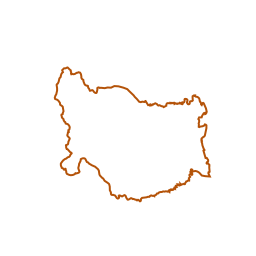 the district of Timbiquí, Cauca, Colombia, rotated 148°
{"feature_id": "7082276B54920381077672", "entity_name": "Timbiquí", "entity_type": "district", "adm_level": 2, "iso_a3": "COL", "parent_name": "Colombia", "parent_adm1": "Cauca", "projection": "natural_earth1", "projection_center": [-77.548, 2.664], "detail": "fine", "context": "isolated", "style": "outline", "palette": "amber", "viewbox_px": 256, "rotation_deg": 148, "n_neighbors": 0, "source": "geoboundaries", "source_scale": "gbopen_adm2", "svg_char_len": 5751}
<svg xmlns="http://www.w3.org/2000/svg" viewBox="0 0 256 256"><g transform="rotate(148 128 128)"><path d="M177.3,174.6L177.8,174.0L178.1,172.6L178.5,171.9L178.0,169.6L178.5,168.5L178.5,167.0L178.1,166.3L178.5,164.8L177.3,163.5L176.9,162.8L176.7,161.3L176.8,160.2L177.1,159.4L178.3,158.0L178.9,157.7L179.8,157.7L180.2,156.2L180.4,155.9L181.2,156.2L182.0,155.2L183.3,154.1L183.5,153.1L182.9,150.4L183.1,149.8L186.0,147.8L186.5,147.0L187.5,146.1L188.0,146.0L189.7,146.3L190.0,145.9L190.2,145.1L190.8,144.2L191.1,142.6L190.5,142.1L189.8,138.1L189.1,137.0L189.3,136.3L191.0,135.9L191.8,135.2L193.1,134.7L194.8,135.1L196.5,134.8L198.0,135.1L200.1,134.9L201.8,134.3L203.7,133.5L204.1,133.0L204.9,131.5L205.0,130.3L205.3,129.3L204.4,127.9L204.3,126.5L203.6,126.2L202.8,126.6L202.6,126.2L203.1,125.4L203.3,124.1L204.0,122.8L204.1,121.5L202.8,119.5L201.6,118.3L199.7,117.4L197.8,117.1L197.0,117.2L196.5,117.5L195.8,116.8L193.5,116.2L192.3,116.6L191.6,119.8L191.2,120.6L189.2,122.5L188.6,123.4L185.7,125.2L184.5,126.6L182.8,126.4L181.9,126.0L180.9,125.2L180.6,124.3L180.9,121.0L180.1,119.9L179.8,118.1L179.0,116.9L178.7,116.0L176.4,112.6L175.3,109.0L175.3,107.4L176.8,103.9L177.0,102.7L176.3,99.3L175.8,98.3L175.8,95.6L174.5,92.7L173.8,90.9L173.8,90.2L174.5,88.0L176.4,84.8L176.6,82.5L177.3,81.3L177.5,80.5L177.0,79.6L176.1,79.3L174.7,77.5L174.6,74.6L174.2,73.7L173.6,73.4L172.8,73.5L172.2,74.0L171.9,75.3L171.2,75.5L170.5,74.9L169.3,73.1L166.7,73.0L166.4,72.8L166.0,71.8L166.4,69.6L166.3,67.5L165.5,67.0L162.6,66.9L162.0,66.1L161.6,65.2L160.9,64.9L159.8,63.4L159.2,63.0L158.8,61.9L158.4,61.7L157.7,61.9L157.4,61.7L156.9,60.5L156.9,59.7L156.5,59.4L155.7,59.5L154.6,60.9L153.1,61.3L149.0,59.4L147.6,59.1L146.3,58.3L145.5,58.7L144.7,58.5L144.1,58.6L143.0,57.3L142.1,56.9L141.8,56.3L141.4,56.8L140.6,56.5L139.3,56.5L138.3,57.1L136.9,56.5L136.5,56.8L136.0,56.9L134.6,56.6L133.2,55.8L131.8,55.6L130.6,54.6L129.7,54.4L129.0,53.9L128.0,52.9L127.1,53.2L126.7,51.8L126.0,52.6L125.9,53.2L125.2,52.9L125.1,53.3L124.0,53.2L123.3,52.4L123.5,52.1L122.8,51.7L122.1,51.7L121.9,52.1L121.3,51.9L120.8,52.5L120.4,52.3L120.2,51.8L119.9,52.4L119.7,52.1L119.0,52.3L118.6,52.2L118.8,52.7L118.3,52.7L118.3,53.4L118.1,53.7L116.7,53.1L116.0,53.4L115.8,53.2L115.8,54.0L115.3,53.7L115.0,53.2L115.1,52.9L114.6,52.8L114.8,52.0L114.4,51.9L114.3,52.4L114.1,52.5L113.3,52.0L113.1,52.6L112.9,51.7L112.2,51.7L111.3,51.2L110.7,51.3L110.1,50.9L109.7,50.3L109.4,50.3L109.0,50.9L107.9,51.2L107.0,51.8L105.9,51.5L104.9,51.7L104.0,51.0L103.4,51.8L103.0,53.2L101.2,53.6L101.1,55.1L100.6,55.8L99.9,55.9L99.4,55.8L98.9,55.4L98.7,54.4L98.1,54.5L97.8,55.0L97.7,55.6L97.9,56.0L98.6,56.8L98.5,57.6L98.3,57.9L98.0,58.0L97.1,56.9L96.6,56.9L96.4,57.8L96.9,58.4L97.0,58.9L96.7,59.4L96.2,59.4L95.6,58.6L96.0,57.9L95.9,56.7L93.7,55.9L92.6,54.8L91.7,53.4L91.2,52.1L90.6,48.6L88.0,46.2L84.3,43.5L83.9,46.9L83.2,47.8L82.9,47.8L83.0,47.4L82.0,47.6L80.1,51.3L79.4,52.4L79.1,52.6L78.5,53.8L79.0,54.6L78.8,54.9L79.0,56.1L79.5,56.5L80.0,56.4L80.0,56.6L79.0,57.2L78.1,57.1L77.6,57.4L77.0,58.4L77.1,60.1L77.0,60.6L77.4,61.2L78.1,61.5L76.0,68.9L75.7,69.0L75.2,68.7L74.8,68.8L74.8,70.4L74.1,73.8L73.2,75.9L73.0,77.1L72.4,77.5L72.5,78.2L71.9,78.4L71.7,78.9L71.8,79.4L71.2,80.1L68.9,80.5L68.0,80.4L66.9,80.8L61.6,86.3L60.1,88.7L60.3,89.6L60.9,90.3L62.1,89.7L64.0,90.0L65.7,90.8L67.1,91.0L67.4,91.5L67.2,91.8L65.9,93.6L65.7,94.4L64.5,95.4L63.8,96.4L63.5,97.2L63.6,98.3L62.1,99.3L59.9,98.0L58.6,99.1L56.1,100.3L55.8,99.9L55.5,100.2L54.8,100.1L55.2,98.9L54.7,98.8L53.5,99.3L52.6,100.1L52.4,100.7L51.5,103.3L50.7,108.8L51.0,109.5L51.5,109.6L53.3,108.4L53.5,109.3L53.0,110.1L52.8,111.4L53.0,111.9L52.8,112.3L52.9,112.7L52.1,114.8L52.0,115.8L52.6,117.5L53.9,118.7L54.0,119.2L54.3,119.5L53.8,120.1L54.8,120.7L56.3,120.7L56.8,120.1L58.5,117.0L59.6,116.9L60.7,117.5L61.3,117.6L61.8,117.3L62.7,116.1L63.2,115.8L63.8,115.9L64.3,116.2L64.6,116.7L64.6,118.2L64.3,118.6L62.9,119.9L62.7,120.6L63.0,121.5L63.9,122.3L64.5,122.5L64.9,122.3L65.7,120.9L66.8,120.1L67.7,120.3L68.3,121.0L68.7,121.0L68.7,119.6L69.0,119.4L69.4,119.4L69.8,119.9L69.9,120.5L70.6,120.9L70.6,121.8L70.7,122.0L72.0,121.8L72.7,122.4L73.4,122.3L73.7,122.6L73.8,122.9L74.2,123.0L74.6,123.8L75.4,123.8L75.2,124.1L75.4,124.8L75.8,124.8L75.9,124.5L76.1,124.5L76.4,125.3L76.7,125.2L77.1,125.5L77.4,125.9L77.9,126.0L78.0,126.4L78.6,126.8L78.8,126.6L78.9,126.8L79.1,126.6L81.1,128.0L81.7,128.2L82.3,128.1L83.4,127.2L83.7,126.6L86.7,126.8L87.0,127.9L88.1,128.8L88.9,130.2L89.3,130.7L90.4,131.0L90.8,132.2L90.8,133.0L91.8,134.5L93.7,134.6L94.2,134.9L94.7,134.6L95.3,135.1L96.0,134.7L96.7,135.3L97.2,135.3L96.9,136.3L97.8,136.3L98.8,136.7L98.8,141.6L99.0,141.7L99.8,141.2L100.2,141.3L102.0,142.8L103.4,143.1L104.6,144.3L105.1,147.9L105.8,150.9L105.9,152.6L107.5,158.9L108.0,161.3L110.5,164.6L114.0,168.4L117.4,170.8L121.0,171.2L123.9,173.2L126.6,174.1L129.7,176.5L130.8,177.0L131.3,177.9L131.9,178.2L132.9,178.1L133.6,176.8L135.6,174.8L136.2,174.5L136.7,174.7L137.3,175.4L137.7,176.5L137.8,178.3L138.3,179.1L140.5,179.7L140.5,180.5L140.2,181.8L140.4,183.2L139.7,184.9L139.9,185.3L140.8,185.9L141.6,187.5L141.6,188.3L141.1,191.0L140.4,192.5L141.0,193.8L141.0,194.6L140.9,195.4L140.2,196.5L139.4,198.5L139.3,200.3L140.4,201.5L141.5,201.6L142.2,202.0L144.4,202.0L145.6,202.4L146.6,203.3L147.6,203.6L147.5,204.4L146.6,205.4L146.6,206.2L146.0,207.2L146.5,208.6L147.1,211.2L147.4,211.5L149.3,211.7L150.7,212.5L153.2,211.9L153.6,209.8L154.6,209.7L155.9,209.1L157.3,207.9L158.0,207.0L159.9,206.4L162.4,203.9L164.0,202.9L164.7,202.9L165.7,202.4L167.0,199.4L168.3,197.3L171.1,194.5L172.3,194.0L174.1,192.4L174.4,191.2L173.1,189.5L172.6,188.2L172.4,185.5L173.2,183.7L172.2,181.3L172.1,180.6L173.8,176.4L175.3,175.3L176.0,174.4L177.3,174.6Z" fill="none" stroke="#b45309" stroke-width="2"/></g></svg>